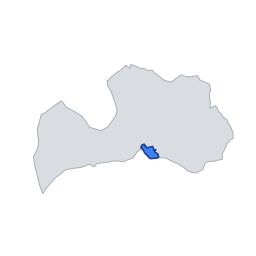 Latvia, with Neretas highlighted, rotated 345°
{"feature_id": "LVA-5724", "entity_name": "Neretas", "entity_type": "Municipality", "adm_level": 1, "iso_a3": "LVA", "parent_name": "Latvia", "parent_adm1": "", "projection": "mercator", "projection_center": [25.191, 56.328], "detail": "fine", "context": "in_parent", "style": "filled", "palette": "blue", "viewbox_px": 256, "rotation_deg": 345, "n_neighbors": 0, "source": "natural_earth", "source_scale": "10m", "svg_char_len": 2416}
<svg xmlns="http://www.w3.org/2000/svg" viewBox="0 0 256 256"><g transform="rotate(345 128 128)"><path d="M183.4,189.2L182.0,188.9L178.0,187.4L174.7,185.0L172.7,182.0L169.2,177.8L166.9,175.6L163.4,172.9L157.4,167.4L155.3,166.1L144.7,163.7L140.9,162.6L137.4,156.3L136.2,152.7L134.5,152.0L132.6,152.8L130.5,153.5L125.8,157.8L124.2,158.4L121.3,158.5L114.4,159.4L111.3,157.9L105.8,156.1L102.8,155.9L100.2,155.9L88.6,154.2L86.5,156.1L84.3,156.4L82.3,153.6L79.7,152.8L76.8,153.7L71.6,153.8L65.5,152.9L57.6,152.2L56.4,152.5L47.7,156.3L45.6,156.9L36.1,163.2L28.6,169.1L27.8,159.7L28.2,140.6L29.3,131.1L34.5,125.5L37.1,121.2L38.7,115.4L39.1,110.0L40.2,105.5L47.7,92.6L53.6,91.2L61.7,87.6L70.7,84.6L72.5,88.5L73.3,91.4L84.2,101.9L87.0,105.4L91.2,117.5L101.2,123.6L109.1,121.7L112.5,118.7L118.9,113.3L121.7,109.3L122.3,105.4L121.2,88.8L119.4,81.5L120.0,77.0L121.1,77.2L123.8,75.0L132.7,71.0L134.4,70.8L136.4,69.9L142.0,66.8L143.8,68.5L145.3,70.4L146.1,70.4L146.5,69.7L146.4,68.5L146.8,67.6L148.4,68.1L154.9,73.2L157.3,74.4L159.0,74.7L161.1,77.1L166.6,78.7L167.2,79.9L167.7,81.4L172.8,87.9L175.1,91.1L179.7,94.0L181.7,94.7L189.7,91.7L191.9,90.7L193.8,90.7L195.6,92.2L199.9,94.3L203.8,95.0L204.5,94.9L207.8,95.1L209.0,95.9L209.7,100.0L213.5,103.2L216.9,105.8L217.8,107.0L218.1,109.4L217.9,112.1L217.4,113.5L216.0,115.2L214.7,119.3L214.5,123.2L212.5,130.0L213.0,130.1L217.2,128.9L218.4,129.6L219.3,131.1L219.6,135.3L221.0,137.2L222.4,140.2L222.8,142.5L225.5,145.2L225.7,147.0L227.3,153.2L227.9,156.8L228.2,159.6L227.4,163.1L226.7,165.5L225.9,165.4L223.5,166.0L219.7,168.8L214.1,175.6L212.6,177.0L211.1,182.1L210.8,182.7L207.5,182.4L206.6,182.3L203.3,182.4L196.2,181.1L193.4,181.9L189.7,187.1L188.3,187.8L184.1,188.6L183.4,189.2Z" fill="#d9dde1" stroke="#a8b0b8" stroke-width="1"/><path d="M148.7,164.6L142.0,163.5L141.0,162.7L140.1,161.2L139.7,159.6L139.4,159.1L138.5,158.1L138.2,157.6L137.9,156.6L137.1,153.6L136.4,151.5L135.9,150.6L135.3,150.4L135.5,149.8L136.2,149.6L136.5,148.9L136.7,148.2L139.3,147.8L139.7,149.6L140.3,149.4L141.0,152.4L142.6,151.9L147.1,152.2L147.2,153.7L147.2,154.3L147.3,155.1L147.2,155.5L147.2,155.8L147.3,155.9L147.4,156.1L149.0,155.9L149.2,156.2L149.0,156.5L148.5,156.8L148.0,157.1L147.6,157.7L147.6,158.3L148.3,158.8L148.9,159.5L149.3,159.8L150.2,161.1L150.0,162.5L150.3,163.5L150.2,163.9L149.3,163.9L148.9,164.2L148.7,164.6L148.7,164.6Z" fill="#3b82f6" stroke="#1e3a8a" stroke-width="1.5"/></g></svg>